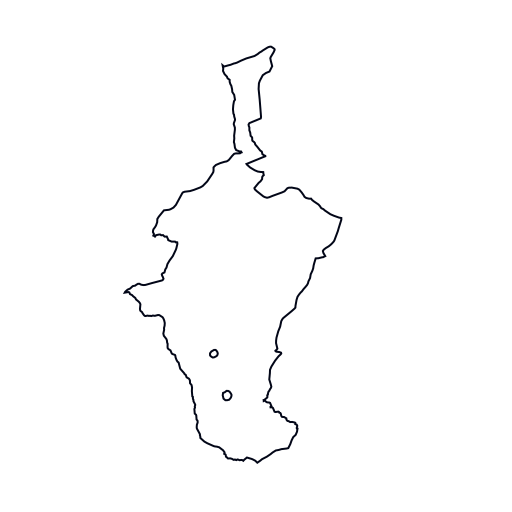 Kole, Kasaï-Oriental, Democratic Republic of the Congo (Natural Earth projection), rotated 28°
{"feature_id": "63176286B77592742780307", "entity_name": "Kole", "entity_type": "district", "adm_level": 2, "iso_a3": "COD", "parent_name": "Democratic Republic of the Congo", "parent_adm1": "Kasaï-Oriental", "projection": "natural_earth1", "projection_center": [22.534, -3.425], "detail": "fine", "context": "isolated", "style": "outline", "palette": "ink", "viewbox_px": 512, "rotation_deg": 28, "n_neighbors": 0, "source": "geoboundaries", "source_scale": "gbopen_adm2", "svg_char_len": 6140}
<svg xmlns="http://www.w3.org/2000/svg" viewBox="0 0 512 512"><g transform="rotate(28 256 256)"><path d="M157.3,350.0L160.3,347.7L161.2,347.6L162.7,348.8L165.0,348.7L166.3,349.2L169.1,349.7L170.5,350.7L174.0,351.4L175.6,352.1L176.6,352.9L178.4,357.2L179.3,358.4L179.8,358.7L181.9,359.1L182.6,359.7L185.0,360.9L186.0,361.1L186.6,360.9L188.3,359.5L189.5,359.2L190.6,358.5L191.7,358.2L192.9,357.0L194.8,356.3L197.2,354.1L198.4,353.6L202.2,353.9L203.5,354.6L205.1,355.9L206.9,358.0L208.0,360.4L208.6,362.8L209.5,364.2L210.6,368.0L212.1,369.7L215.7,371.3L216.9,372.3L218.3,374.3L219.2,375.0L220.7,378.0L221.4,378.9L222.5,379.3L224.8,379.5L227.1,381.4L228.0,381.8L230.9,381.4L231.5,381.8L232.6,383.3L234.5,385.0L236.2,386.1L237.7,386.4L242.0,391.1L247.8,393.3L248.5,393.9L249.7,393.9L251.7,395.7L254.4,395.8L256.0,396.8L257.5,399.3L259.7,400.2L261.3,402.2L262.8,405.4L265.7,409.9L266.4,410.0L267.4,411.8L268.2,412.3L269.0,413.6L272.0,415.7L272.3,416.1L272.6,417.6L273.3,418.5L273.4,420.0L275.9,423.9L277.5,424.3L278.1,424.8L280.3,428.3L281.6,428.8L282.2,429.6L282.7,430.6L283.0,432.7L284.0,435.0L284.8,436.1L290.2,439.7L290.6,440.6L291.4,441.3L292.3,442.8L297.5,444.1L300.8,444.2L308.0,443.7L309.2,443.4L311.0,442.7L313.3,442.2L318.1,443.0L320.4,444.1L320.8,445.6L322.0,445.5L322.5,445.7L323.7,447.3L325.1,447.5L326.0,447.9L326.4,447.9L328.2,446.8L329.9,446.4L331.9,446.5L332.4,445.9L333.3,445.8L333.7,445.3L334.5,445.4L335.4,444.2L337.4,444.0L338.7,443.0L339.9,442.6L340.9,442.8L341.3,441.3L342.6,438.2L347.5,437.2L348.8,437.1L351.5,437.1L354.2,437.9L355.9,434.6L356.7,432.6L359.8,428.1L361.9,424.1L362.9,421.7L364.8,418.4L367.1,416.6L369.1,414.6L373.3,411.7L374.7,410.5L374.6,406.1L374.0,402.0L373.9,398.4L375.0,395.3L374.7,391.9L373.7,389.0L373.2,389.2L372.7,388.8L372.2,386.6L371.1,385.8L369.6,386.0L369.1,384.9L368.5,384.8L365.9,385.5L364.1,386.6L362.3,386.5L361.3,386.8L360.7,386.7L359.6,386.1L359.0,385.1L356.3,385.0L354.9,385.7L354.3,385.8L353.4,385.3L351.8,383.5L351.2,383.2L350.1,383.4L349.5,382.9L348.8,382.9L346.5,384.6L345.5,384.8L342.3,382.2L341.2,382.1L339.9,382.8L339.6,382.3L340.2,381.4L337.4,379.1L336.7,379.1L334.5,380.0L332.9,379.9L332.0,379.5L331.5,379.6L330.9,380.4L330.4,379.6L330.8,379.4L332.3,375.8L332.3,375.2L331.3,373.7L331.6,372.8L331.2,372.1L330.7,369.9L331.0,368.7L330.9,367.1L331.1,365.6L330.9,364.2L329.5,362.6L325.7,358.8L323.3,353.0L321.8,349.9L321.5,346.4L322.0,339.4L323.0,333.9L323.9,331.4L324.1,330.3L323.5,329.6L321.9,329.8L318.9,330.9L318.0,330.9L317.6,330.5L318.1,329.4L318.4,327.8L314.6,323.5L313.4,321.1L312.4,318.4L311.0,312.0L310.5,307.1L308.9,301.7L308.9,299.6L309.2,298.0L313.3,288.1L314.7,284.4L315.0,283.1L314.2,281.3L312.4,275.7L311.8,272.5L312.1,269.7L312.6,267.2L313.1,265.8L313.5,263.0L314.2,260.1L314.7,257.6L314.7,255.7L314.2,253.8L314.1,250.1L312.9,246.5L312.7,242.6L312.3,240.1L311.3,237.2L310.7,234.6L309.8,230.1L312.1,228.7L315.0,226.1L315.7,225.7L317.2,223.6L314.1,221.7L312.7,220.2L312.8,218.7L313.9,216.2L315.6,213.4L316.6,211.1L317.2,209.3L317.8,206.9L317.9,205.6L316.6,195.7L315.9,192.4L314.3,183.9L313.5,182.4L311.3,183.1L305.9,183.9L302.0,184.2L295.5,183.5L293.5,183.0L291.8,183.1L290.6,182.9L289.4,182.1L287.0,181.2L281.3,180.6L278.9,180.1L277.8,179.5L275.9,180.5L273.1,181.2L271.1,181.0L269.2,179.8L266.4,178.4L263.1,177.1L261.0,177.1L255.5,178.8L252.9,180.3L251.9,181.4L250.8,185.5L249.1,187.7L242.5,195.0L240.0,198.0L238.4,199.4L236.0,199.9L234.4,199.9L226.3,198.4L223.7,197.7L222.7,196.8L224.0,190.2L224.9,188.0L225.3,185.3L224.4,183.3L224.4,182.4L224.9,180.9L224.0,180.0L223.0,178.5L220.7,179.6L217.9,180.6L214.6,180.9L209.2,180.6L205.2,179.6L204.4,179.2L217.9,162.9L216.8,163.4L213.9,163.1L212.1,161.1L210.2,160.9L205.7,158.9L203.0,157.9L202.0,156.8L200.9,156.3L198.9,156.0L198.3,155.5L197.1,153.4L196.6,153.0L194.8,152.4L193.0,149.8L191.1,148.1L189.8,145.6L188.6,144.6L187.7,143.4L187.8,141.7L195.6,132.3L195.2,130.9L185.9,116.3L179.9,107.3L177.5,102.1L177.1,99.4L177.1,93.2L178.9,89.7L181.3,86.8L181.2,80.8L177.5,76.8L175.8,74.7L175.6,73.5L175.9,67.8L175.7,65.2L175.0,64.5L172.9,64.2L171.0,64.1L170.2,64.5L168.9,65.7L168.2,66.7L165.3,71.7L164.9,72.7L163.6,74.7L162.7,76.9L160.8,80.1L154.7,86.1L151.1,90.5L148.5,94.1L147.2,95.5L146.1,96.4L143.7,99.2L142.0,100.7L138.9,103.7L137.0,103.3L139.1,105.9L140.0,108.1L142.9,110.2L146.2,111.3L147.0,112.1L147.7,112.5L150.0,112.8L151.0,114.6L152.6,116.2L154.3,117.3L156.6,120.0L158.1,122.3L161.1,124.0L164.1,127.9L163.9,129.7L165.1,133.4L166.8,137.3L169.3,141.0L170.2,141.5L171.3,143.1L173.0,144.8L173.6,145.7L174.1,149.1L174.5,150.1L177.1,152.6L178.1,154.5L180.2,160.0L181.7,162.5L183.0,165.8L184.3,167.1L186.6,170.3L188.8,171.8L192.4,171.4L193.7,170.7L194.6,171.3L194.2,171.7L193.6,172.9L189.7,175.1L188.7,176.1L187.9,179.0L187.0,183.7L186.2,185.5L185.5,186.4L184.0,187.6L180.8,190.8L177.9,194.4L177.2,196.4L176.9,197.7L178.5,200.7L178.9,202.1L178.8,204.3L177.9,213.1L176.1,219.2L174.7,221.5L170.2,226.7L167.2,229.7L162.9,232.7L161.7,234.0L161.4,235.1L161.3,248.5L160.4,252.0L158.6,254.8L157.5,256.0L153.3,258.9L151.7,266.9L151.5,269.6L152.9,272.6L153.4,276.0L153.3,278.0L152.9,280.6L153.1,281.6L153.8,283.3L155.7,284.6L155.8,286.2L156.5,286.1L157.7,286.3L158.0,284.5L160.4,282.5L161.4,282.0L162.6,282.2L164.1,281.2L166.2,281.8L168.1,280.7L170.7,282.7L171.1,283.2L174.7,282.9L177.8,281.3L178.8,281.6L179.4,281.1L180.0,280.9L180.9,282.2L182.1,286.8L182.3,288.4L182.6,295.2L181.8,300.5L181.6,304.7L182.4,308.3L182.2,310.4L182.9,313.5L181.6,315.2L181.4,316.4L182.4,317.5L183.3,318.0L185.0,319.5L185.0,320.7L184.5,321.7L176.9,328.7L172.0,333.4L170.5,334.4L168.9,335.0L167.5,335.3L166.3,335.2L164.9,335.9L163.8,337.6L163.3,338.8L161.3,340.5L160.1,343.9L158.4,346.0L157.3,349.0L157.3,350.0ZM292.4,391.0L293.3,388.9L294.8,388.2L296.3,388.2L298.2,389.1L299.4,389.9L300.0,391.0L300.3,392.7L300.1,394.1L299.7,395.6L298.3,396.8L296.7,397.7L294.3,397.2L292.0,394.6L291.2,392.3L292.4,391.0ZM262.9,365.7L262.0,365.2L261.1,363.5L261.4,361.3L263.0,358.7L264.5,357.9L265.6,358.2L267.2,359.1L268.1,360.2L268.4,361.6L268.2,362.8L267.5,363.9L266.7,365.0L265.6,365.9L264.3,365.9L262.9,365.7Z" fill="none" stroke="#020617" stroke-width="2"/></g></svg>